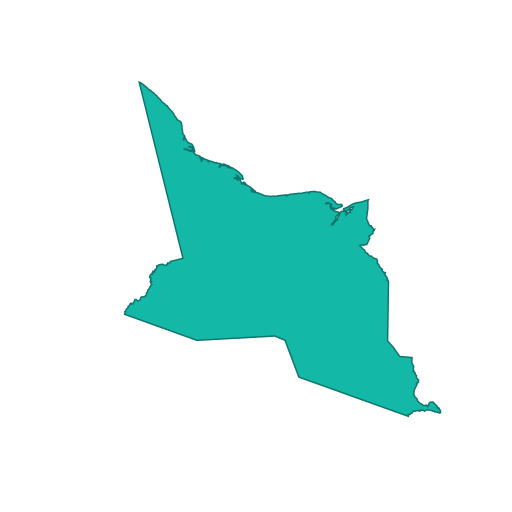 the district of Kerema District, Gulf, Papua New Guinea, rotated 166°
{"feature_id": "67681753B5662313405316", "entity_name": "Kerema District", "entity_type": "district", "adm_level": 2, "iso_a3": "PNG", "parent_name": "Papua New Guinea", "parent_adm1": "Gulf", "projection": "orthographic", "projection_center": [146.045, -7.858], "detail": "fine", "context": "isolated", "style": "filled", "palette": "teal", "viewbox_px": 512, "rotation_deg": 166, "n_neighbors": 0, "source": "geoboundaries", "source_scale": "gbopen_adm2", "svg_char_len": 6115}
<svg xmlns="http://www.w3.org/2000/svg" viewBox="0 0 512 512"><g transform="rotate(166 256 256)"><path d="M397.6,231.2L333.8,188.5L257.1,173.8L248.2,167.1L243.7,128.1L147.0,63.6L146.7,65.4L145.0,64.9L144.3,65.6L142.7,65.8L141.0,67.3L140.2,67.4L138.7,66.8L136.9,67.2L134.7,65.7L134.0,66.7L133.4,66.8L133.4,66.4L131.2,66.0L129.8,64.6L127.8,65.6L126.6,65.0L125.6,64.9L122.2,63.1L121.7,62.5L121.1,62.5L120.4,62.0L120.3,61.5L119.4,61.5L115.6,59.1L114.9,59.2L114.4,61.6L115.6,63.4L115.2,63.7L115.3,64.2L116.0,64.8L116.8,64.8L117.0,65.5L116.5,66.0L116.8,66.8L119.7,71.6L122.1,72.0L123.3,71.6L125.7,68.3L126.2,68.8L126.4,69.9L127.2,70.2L127.8,70.0L129.3,70.2L133.0,74.0L134.4,76.7L134.3,78.1L134.9,79.5L135.6,80.2L136.4,83.0L135.8,85.5L134.5,88.1L130.9,92.5L131.0,93.8L130.1,93.7L129.2,94.0L128.8,94.4L128.8,95.6L128.2,96.2L129.9,99.2L129.2,101.0L130.1,102.7L129.9,104.1L131.1,105.6L130.5,105.5L130.8,107.1L130.6,108.7L129.6,110.9L130.2,112.5L130.6,115.1L129.2,119.7L140.8,123.7L145.0,134.5L148.9,141.6L133.6,199.3L133.8,200.3L134.7,200.5L134.6,201.5L133.9,201.9L133.9,202.6L135.5,206.8L134.6,208.6L135.3,209.0L135.8,208.6L136.4,210.1L137.1,210.5L137.1,211.8L136.6,212.3L138.4,215.0L139.1,218.3L139.8,219.2L140.2,220.2L139.7,220.6L139.3,221.7L139.6,223.9L142.3,225.4L143.6,226.9L143.8,227.9L146.2,228.7L147.0,230.6L147.0,231.6L148.1,231.8L148.3,232.2L149.0,233.8L149.0,235.1L150.7,237.4L152.8,241.0L151.0,241.6L150.2,240.6L149.2,240.3L148.6,240.9L148.2,240.6L147.9,240.9L145.9,240.2L141.4,245.6L141.6,248.3L140.4,248.0L139.9,248.6L136.9,249.8L136.6,251.6L135.2,252.1L134.5,253.2L135.7,253.1L135.7,254.1L136.3,255.8L137.0,255.9L136.9,257.6L138.6,258.0L139.7,265.5L136.0,274.9L134.1,282.4L133.4,283.4L141.0,282.9L146.5,283.3L149.4,283.1L155.9,281.1L159.3,280.7L159.9,280.1L159.8,279.5L157.5,277.8L155.7,278.1L152.9,280.1L149.5,280.2L151.5,278.0L154.5,276.4L154.1,275.5L154.9,275.9L155.8,275.9L159.0,273.7L159.1,274.8L157.5,275.7L157.1,276.3L157.5,276.8L159.4,277.7L161.6,278.6L162.8,278.5L168.1,272.8L168.3,272.3L168.0,271.6L168.1,271.3L169.0,271.3L170.8,270.3L172.1,269.4L173.4,267.9L173.9,268.3L174.7,267.7L175.3,268.0L175.0,268.8L173.9,269.1L171.0,271.5L169.3,273.2L169.3,274.6L165.5,277.0L164.9,277.8L164.9,278.2L165.5,278.8L168.2,279.9L169.2,282.0L169.6,281.6L170.1,281.6L169.1,283.0L169.4,283.2L171.0,282.9L172.0,283.7L171.8,285.5L172.2,286.0L171.1,286.7L171.2,287.4L172.2,288.8L173.2,289.8L175.0,289.5L175.6,290.1L174.0,290.5L172.8,290.3L170.3,287.8L170.2,287.3L170.3,286.5L171.1,285.4L171.4,284.4L171.1,284.0L168.9,283.8L167.2,282.2L161.0,283.3L160.2,283.7L160.2,284.4L160.6,285.4L164.1,286.2L165.8,287.7L166.0,289.3L167.3,290.7L168.3,292.7L169.3,293.9L170.7,294.7L172.4,296.2L173.4,297.6L176.9,300.6L178.3,302.4L181.1,303.2L183.6,304.5L187.9,305.3L188.4,305.2L189.3,304.1L189.5,305.1L190.9,305.6L197.7,305.9L198.9,306.4L208.0,307.6L208.8,307.6L210.9,306.9L212.0,307.3L211.4,307.8L211.9,308.0L220.2,309.1L222.7,309.1L224.5,309.9L227.1,310.2L232.6,312.2L238.9,316.8L243.8,319.0L245.0,320.4L244.2,321.7L243.9,321.7L243.2,320.9L242.7,321.4L244.4,323.5L248.2,327.6L248.9,329.3L249.8,330.4L250.6,330.4L250.7,330.1L249.1,328.7L249.2,327.9L249.7,327.8L249.9,328.8L250.4,329.3L251.6,329.6L252.3,329.2L252.7,329.7L252.1,330.6L252.8,332.2L253.1,333.7L254.2,334.4L255.5,334.2L256.2,334.9L256.3,336.2L258.2,336.5L257.7,337.2L257.0,337.1L255.8,336.2L255.5,334.8L255.2,334.7L254.5,335.0L254.1,335.4L254.1,336.0L255.4,337.2L254.7,337.5L255.0,338.7L254.4,338.2L252.8,335.1L250.4,333.6L249.9,333.8L249.9,337.0L252.2,341.1L254.2,343.7L258.2,347.7L258.8,347.7L258.2,346.8L260.3,348.4L261.9,348.5L262.0,348.7L261.4,349.0L261.4,349.3L263.3,350.9L266.2,352.0L267.7,352.1L268.6,352.0L269.5,350.9L270.2,350.9L270.0,351.8L268.1,353.4L267.9,353.9L268.3,354.3L271.1,355.5L271.9,356.3L273.3,356.3L275.2,357.9L277.8,359.4L279.2,358.8L279.7,359.5L279.1,360.2L282.3,362.4L284.8,364.7L285.2,364.8L285.4,364.4L283.9,363.0L284.9,362.6L285.3,361.3L286.0,361.1L286.3,361.5L285.8,363.4L286.8,364.9L286.8,365.5L286.1,365.8L286.2,366.3L290.1,369.0L291.9,372.6L294.9,373.8L297.6,375.9L299.8,376.7L299.6,377.2L298.4,376.8L297.0,376.3L295.8,375.2L294.5,374.5L291.7,373.9L291.4,375.7L293.5,377.8L294.5,378.1L294.0,378.5L293.5,378.5L291.8,376.9L291.3,377.0L291.1,376.8L290.8,372.4L290.5,372.1L290.2,372.2L290.2,376.9L291.1,379.9L294.2,382.4L295.2,383.8L296.2,387.7L296.6,388.0L296.8,387.9L297.4,386.3L298.2,386.4L298.2,387.0L297.5,387.3L297.0,389.0L296.7,389.3L296.2,389.4L297.4,392.7L297.0,395.5L297.1,397.9L296.4,399.5L296.3,403.5L296.8,404.8L298.5,406.3L299.6,407.7L299.9,409.1L300.9,411.3L302.0,415.3L305.1,421.0L305.7,422.9L307.3,424.6L307.8,425.8L310.0,428.1L310.8,430.5L313.4,434.7L313.6,435.5L315.3,437.6L315.6,438.8L316.9,440.0L318.0,441.9L319.8,443.5L321.6,446.6L322.2,447.1L323.9,449.7L325.6,451.3L325.9,452.1L327.3,452.9L327.4,271.4L340.5,271.4L341.3,270.0L343.4,270.6L343.8,269.9L343.9,269.1L344.5,269.4L345.1,268.8L347.2,269.2L348.4,270.5L348.9,270.7L349.9,270.6L350.3,270.9L352.9,270.8L353.5,270.1L354.6,270.4L355.0,269.7L354.8,268.7L355.9,267.6L357.1,267.4L357.7,265.9L358.2,266.3L358.4,266.2L358.5,264.9L359.1,264.8L359.7,266.0L360.8,264.6L360.7,263.7L361.0,263.2L361.5,263.4L361.7,263.9L362.0,263.8L362.7,263.5L364.1,262.0L364.4,260.9L363.3,260.0L363.7,259.3L363.6,258.9L364.0,258.6L363.9,257.6L364.8,257.0L364.8,256.5L363.7,256.3L364.5,255.5L364.6,254.7L364.0,253.5L365.1,252.9L365.7,251.9L366.3,251.8L367.4,250.3L369.2,249.0L370.0,247.2L371.3,246.6L372.1,244.1L374.5,243.7L377.5,243.9L378.2,243.3L378.4,242.4L379.1,241.6L380.1,241.0L381.1,240.9L382.0,241.5L382.8,242.8L384.0,243.1L385.7,240.8L386.5,240.3L386.4,239.7L386.7,239.3L388.3,239.5L388.5,240.3L389.2,240.5L391.2,238.3L392.3,237.9L392.9,236.6L394.6,235.8L395.7,234.1L396.7,233.8L396.4,233.1L397.2,232.2L397.6,231.2ZM267.1,353.1L266.6,352.6L265.0,352.5L262.3,350.9L264.6,352.8L265.5,353.1L267.1,353.1ZM262.0,350.6L260.0,348.7L259.7,348.7L261.0,350.3L261.7,350.7L262.0,350.6ZM242.8,319.7L241.6,319.3L241.0,318.5L240.9,318.7L241.3,319.6L242.0,320.0L242.8,319.7ZM152.8,278.3L153.7,278.1L154.5,277.3L152.7,277.9L152.8,278.3Z" fill="#14b8a6" stroke="#0f766e" stroke-width="1.5"/></g></svg>